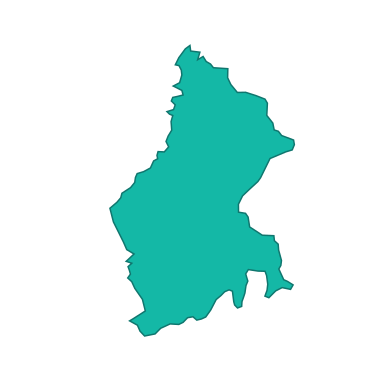 Três Palmeiras, Rio Grande do Sul, Brazil, rotated 63°
{"feature_id": "56859067B561920705370", "entity_name": "Três Palmeiras", "entity_type": "district", "adm_level": 2, "iso_a3": "BRA", "parent_name": "Brazil", "parent_adm1": "Rio Grande do Sul", "projection": "equal_earth", "projection_center": [-52.832, -27.619], "detail": "fine", "context": "isolated", "style": "filled", "palette": "teal", "viewbox_px": 384, "rotation_deg": 63, "n_neighbors": 0, "source": "geoboundaries", "source_scale": "gbopen_adm2", "svg_char_len": 1866}
<svg xmlns="http://www.w3.org/2000/svg" viewBox="0 0 384 384"><g transform="rotate(63 192 192)"><path d="M316.0,204.1L316.5,199.7L312.3,197.2L309.3,194.0L306.0,190.7L299.9,186.4L296.7,182.7L293.3,182.1L289.3,181.3L286.7,177.0L292.4,169.1L295.8,162.9L300.4,163.5L308.6,166.4L313.7,169.8L317.9,174.3L321.1,171.5L318.1,162.3L318.1,155.1L323.5,148.4L320.7,144.1L315.0,147.5L311.8,150.1L300.0,149.6L297.8,146.2L293.7,143.4L283.1,141.2L277.6,138.9L272.8,140.7L268.1,138.9L262.4,149.0L249.3,156.5L239.8,153.4L235.3,154.0L231.1,159.7L224.0,156.2L218.4,148.7L215.8,140.0L212.6,128.6L210.4,124.4L197.6,107.3L198.8,90.3L200.0,83.6L196.3,79.3L191.8,77.9L182.4,86.5L177.1,87.5L174.0,90.6L167.3,88.7L157.7,90.6L147.1,84.5L142.4,84.8L135.1,91.3L127.5,99.0L123.9,106.4L113.9,108.6L106.4,108.4L98.4,104.1L91.0,116.5L86.4,117.4L82.2,120.1L76.3,120.6L76.7,126.9L71.0,121.5L65.8,129.2L60.5,127.3L61.4,132.9L66.3,142.7L71.1,149.1L73.5,146.2L78.5,146.2L83.1,147.9L89.0,153.4L89.1,160.6L96.9,154.9L101.5,155.9L100.2,161.7L99.0,166.2L101.5,169.1L106.7,167.4L110.2,171.0L109.0,177.8L112.4,176.7L115.1,174.4L119.8,178.7L123.2,180.1L127.7,182.0L131.3,187.8L135.2,192.2L141.2,192.3L143.7,198.5L140.6,203.9L143.5,206.6L146.8,207.5L146.9,212.1L151.7,218.1L151.9,225.9L150.7,232.5L153.4,235.8L157.5,238.7L160.2,244.7L161.3,255.0L164.8,258.1L167.1,263.6L169.2,272.5L183.0,275.6L205.4,275.8L213.7,276.3L220.9,271.8L223.9,282.1L228.1,278.0L229.5,282.9L233.0,283.3L237.2,284.1L239.4,288.3L244.6,286.4L251.9,286.7L265.1,284.9L276.8,287.6L278.2,301.7L278.5,306.1L285.9,301.1L292.4,301.5L298.8,299.6L301.7,289.3L299.2,281.8L299.4,276.8L299.6,271.4L304.0,263.9L304.1,259.1L302.0,253.0L303.6,247.8L308.3,245.9L309.4,241.3L309.6,236.5L305.7,229.0L298.8,219.3L297.4,213.2L295.7,208.2L296.0,203.4L298.7,201.0L308.7,204.6L312.0,205.3L316.0,204.1Z" fill="#14b8a6" stroke="#0f766e" stroke-width="1.5"/></g></svg>